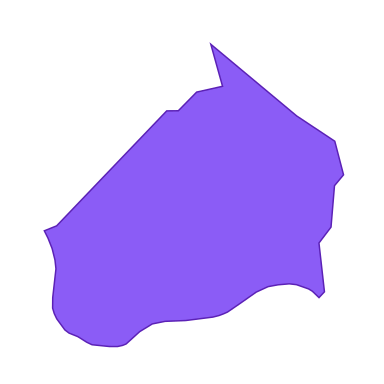 Trimble, Kentucky, United States of America, rotated 263°
{"feature_id": "52423323B52829235192196", "entity_name": "Trimble", "entity_type": "district", "adm_level": 2, "iso_a3": "USA", "parent_name": "United States of America", "parent_adm1": "Kentucky", "projection": "natural_earth1", "projection_center": [-85.386, 38.615], "detail": "fine", "context": "isolated", "style": "filled", "palette": "violet", "viewbox_px": 384, "rotation_deg": 263, "n_neighbors": 0, "source": "geoboundaries", "source_scale": "gbopen_adm2", "svg_char_len": 722}
<svg xmlns="http://www.w3.org/2000/svg" viewBox="0 0 384 384"><g transform="rotate(263 192 192)"><path d="M71.7,305.2L76.8,311.3L125.9,311.8L140.2,325.7L180.9,334.2L190.6,344.5L225.0,339.9L254.7,305.2L336.3,228.7L293.2,235.2L290.6,208.8L274.3,188.3L275.6,176.8L174.9,53.5L171.5,40.7L163.6,43.5L152.8,46.3L141.3,47.7L140.8,47.7L132.3,47.6L104.2,40.9L93.7,39.5L88.0,40.5L82.6,42.3L70.6,49.0L66.9,52.8L62.4,61.0L55.8,69.1L52.6,74.1L48.7,91.2L47.7,99.3L48.2,104.4L49.2,108.1L59.8,123.1L65.9,136.5L66.9,149.5L65.2,170.1L65.3,197.5L66.1,203.8L67.2,208.3L68.5,212.6L76.3,227.6L84.8,243.5L88.8,256.0L89.4,266.1L89.0,277.4L87.3,284.4L81.6,295.9L78.8,299.4L71.7,305.2Z" fill="#8b5cf6" stroke="#5b21b6" stroke-width="1.5"/></g></svg>